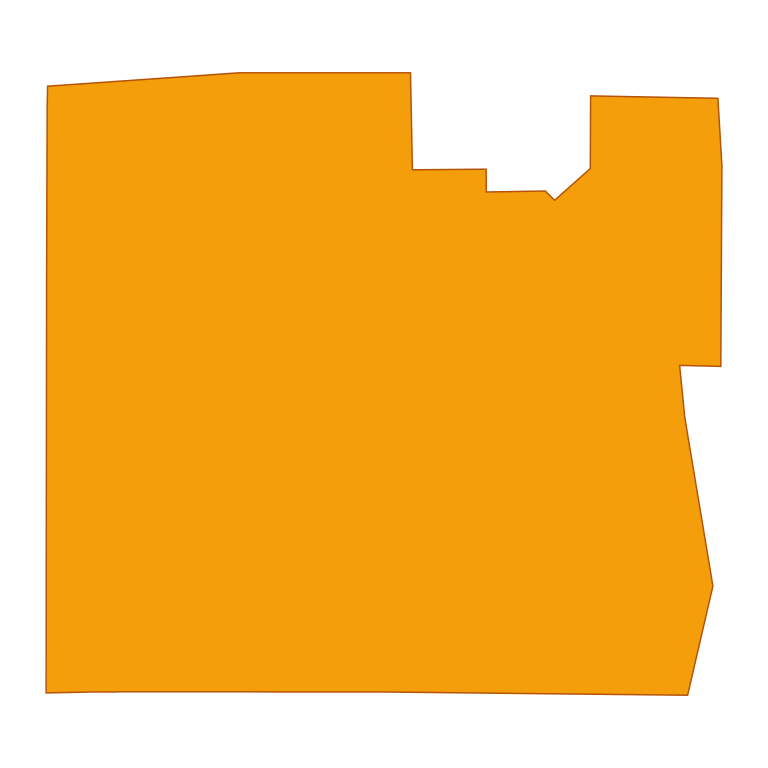 Chemung, New York, United States of America
{"feature_id": "52423323B68121870797656", "entity_name": "Chemung", "entity_type": "district", "adm_level": 2, "iso_a3": "USA", "parent_name": "United States of America", "parent_adm1": "New York", "projection": "mercator", "projection_center": [-76.753, 42.147], "detail": "fine", "context": "isolated", "style": "filled", "palette": "amber", "viewbox_px": 768, "rotation_deg": 0, "n_neighbors": 0, "source": "geoboundaries", "source_scale": "gbopen_adm2", "svg_char_len": 492}
<svg xmlns="http://www.w3.org/2000/svg" viewBox="0 0 768 768"><path d="M47.2,105.2L46.6,273.6L46.1,692.9L82.5,692.2L91.1,692.0L106.8,692.0L115.0,692.0L116.7,691.8L251.4,691.8L281.6,692.0L385.7,692.0L561.1,693.9L686.8,695.2L687.6,695.2L712.9,586.1L684.8,417.6L679.6,365.4L720.8,366.4L721.9,165.6L717.9,98.3L590.6,95.9L590.3,168.5L554.6,200.3L545.3,191.0L486.3,192.0L486.1,169.2L412.4,169.8L410.5,72.8L239.1,72.8L47.6,86.2L47.2,105.2Z" fill="#f59e0b" stroke="#b45309" stroke-width="1.5"/></svg>